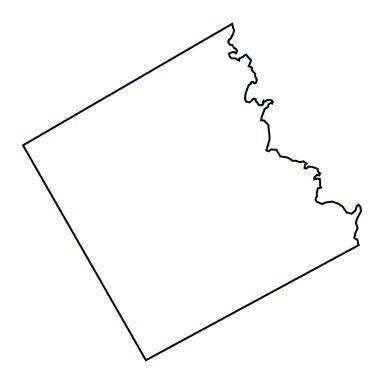 the district of Freestone, Texas, United States of America
{"feature_id": "52423323B49293454061444", "entity_name": "Freestone", "entity_type": "district", "adm_level": 2, "iso_a3": "USA", "parent_name": "United States of America", "parent_adm1": "Texas", "projection": "robinson", "projection_center": [-95.959, 31.713], "detail": "fine", "context": "isolated", "style": "outline", "palette": "ink", "viewbox_px": 384, "rotation_deg": 0, "n_neighbors": 0, "source": "geoboundaries", "source_scale": "gbopen_adm2", "svg_char_len": 1735}
<svg xmlns="http://www.w3.org/2000/svg" viewBox="0 0 384 384"><path d="M145.9,360.2L358.7,245.1L358.3,244.1L357.4,239.9L354.3,238.0L355.3,233.2L357.6,228.0L355.9,222.9L357.2,218.3L361.0,211.3L360.4,207.1L358.6,204.7L356.8,206.0L355.4,210.5L351.7,213.7L346.7,212.6L342.6,206.6L338.7,203.9L332.3,201.6L326.1,202.4L322.1,204.0L316.8,201.7L315.6,199.8L315.9,197.8L316.9,196.5L316.8,192.8L317.8,188.3L319.3,188.1L321.0,187.5L320.1,185.4L320.1,181.3L319.7,178.9L317.1,178.7L314.3,179.3L314.4,177.5L316.9,174.9L319.2,175.4L320.1,173.5L319.4,173.5L318.0,171.1L317.5,168.8L312.5,167.0L308.8,166.5L306.2,168.6L304.5,168.0L304.9,165.8L305.1,164.8L306.6,163.6L303.5,161.4L299.5,162.1L295.9,160.8L292.4,160.7L289.9,158.8L287.2,157.5L280.3,156.4L278.5,153.3L276.4,149.8L270.9,149.5L268.8,151.3L266.4,150.4L267.5,146.5L269.6,139.4L269.3,133.8L268.8,130.2L268.4,125.0L264.2,120.6L261.2,120.3L261.7,116.8L262.9,114.1L264.5,109.3L267.9,106.9L268.5,104.5L271.2,102.8L272.2,103.4L272.8,101.9L272.2,100.9L270.1,99.8L267.5,100.1L263.8,102.1L263.5,101.1L262.7,102.3L263.3,103.5L262.6,104.8L261.5,105.3L258.6,104.8L257.3,102.5L255.6,100.9L255.7,99.1L253.6,98.6L252.2,100.1L249.7,102.3L246.4,101.8L245.0,99.4L245.4,94.7L246.4,91.1L248.7,85.0L250.7,83.9L251.4,82.1L253.1,81.8L253.5,82.8L254.6,83.5L256.0,82.8L256.8,79.8L255.3,76.7L255.1,73.6L251.9,70.4L251.7,67.4L248.7,66.2L250.2,62.9L251.0,60.2L248.4,57.5L246.3,54.8L244.2,55.6L243.4,56.7L239.3,58.5L239.2,60.6L237.4,59.7L235.2,58.3L231.7,58.3L229.7,56.6L228.9,53.5L231.0,52.7L234.0,51.9L235.9,53.3L237.2,51.0L235.9,48.9L234.2,48.0L232.3,45.1L230.3,44.9L228.5,42.9L228.5,40.5L230.8,38.3L233.0,34.2L234.1,30.7L233.1,27.5L232.2,23.8L23.0,145.3L145.9,360.2Z" fill="none" stroke="#020617" stroke-width="2"/></svg>